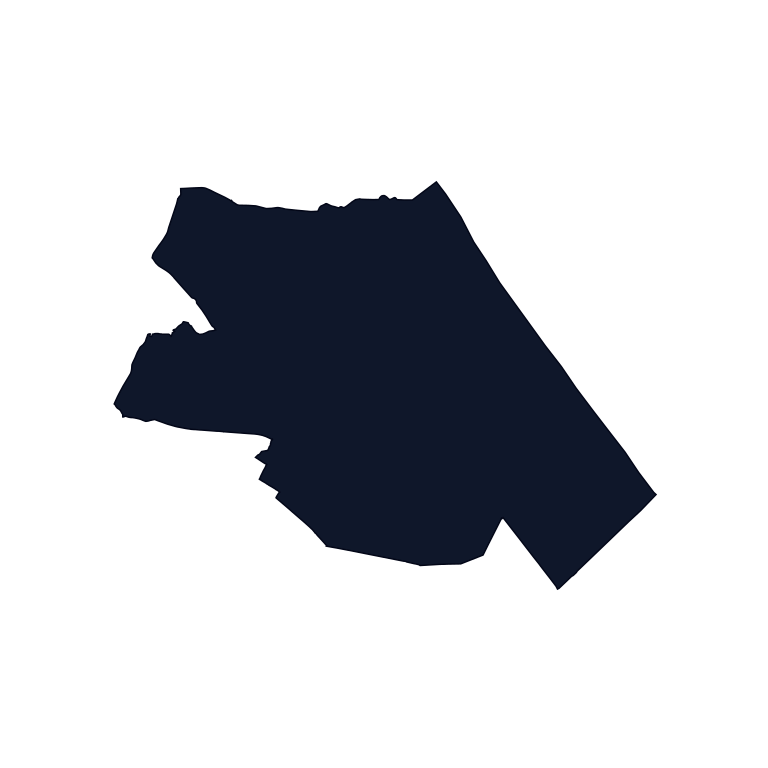 Schagen, Noord-Holland, Netherlands (Mercator projection), rotated 129°
{"feature_id": "6326949B3670086386110", "entity_name": "Schagen", "entity_type": "district", "adm_level": 2, "iso_a3": "NLD", "parent_name": "Netherlands", "parent_adm1": "Noord-Holland", "projection": "mercator", "projection_center": [4.782, 52.788], "detail": "fine", "context": "isolated", "style": "filled", "palette": "ink", "viewbox_px": 768, "rotation_deg": 129, "n_neighbors": 0, "source": "geoboundaries", "source_scale": "gbopen_adm2", "svg_char_len": 6003}
<svg xmlns="http://www.w3.org/2000/svg" viewBox="0 0 768 768"><g transform="rotate(129 384 384)"><path d="M360.1,665.0L363.9,661.7L364.5,661.2L364.8,661.1L365.1,661.0L366.0,660.9L367.5,661.0L368.1,661.0L369.3,660.7L369.7,660.9L372.5,659.5L374.7,658.5L395.9,650.5L397.8,649.8L401.3,648.2L402.4,647.8L404.4,647.3L410.1,646.5L414.7,646.2L417.9,646.1L427.0,645.4L427.6,645.3L429.4,644.8L430.6,644.2L431.9,643.5L431.9,643.0L432.1,642.2L433.2,638.6L433.6,637.1L433.7,635.7L433.9,634.1L433.9,632.8L433.7,631.3L433.4,628.9L432.9,625.1L432.7,621.6L432.7,620.7L432.8,618.8L433.2,615.6L433.3,614.6L433.5,614.3L433.7,613.2L435.9,600.0L437.8,588.1L437.8,587.4L437.7,587.0L437.1,585.6L437.0,585.3L436.9,585.0L436.9,584.6L437.1,583.2L437.2,582.7L437.4,582.3L437.9,581.6L438.8,580.7L439.0,580.4L439.2,579.8L440.5,574.3L441.1,571.8L441.7,569.9L443.5,564.2L445.7,558.2L446.1,557.0L446.3,556.5L446.8,555.0L447.1,554.0L447.1,553.5L447.1,552.5L447.0,552.3L446.9,552.0L448.0,548.9L449.4,549.8L450.2,550.4L452.1,552.3L453.0,553.1L456.7,554.8L458.3,555.7L459.4,556.4L460.9,557.9L461.7,558.8L461.8,559.9L462.3,561.9L462.3,562.7L462.2,563.4L462.1,564.0L461.8,565.3L460.9,568.4L460.8,569.2L460.8,569.4L460.7,569.4L460.5,569.5L460.3,569.7L460.2,570.0L460.2,570.4L460.4,570.9L460.6,571.1L460.6,571.3L460.4,573.2L460.3,573.5L459.7,574.5L459.7,574.8L460.8,577.2L461.7,578.9L461.9,579.1L462.2,579.1L464.3,578.8L464.6,578.9L466.8,579.6L468.1,580.0L469.0,580.1L472.2,580.3L472.7,580.6L474.2,581.6L474.6,581.7L474.9,581.7L474.9,581.0L474.8,579.8L477.4,580.6L477.5,580.3L477.7,580.2L478.1,580.3L480.7,579.3L481.1,579.4L480.7,581.0L480.7,582.2L480.8,582.6L481.0,582.9L482.1,584.2L484.5,587.2L485.0,587.8L485.4,588.8L486.0,589.4L486.3,590.0L486.9,591.2L487.6,592.1L488.4,593.1L489.1,593.8L490.7,594.9L490.9,595.2L493.3,594.5L494.2,596.2L492.2,597.1L492.5,597.6L492.9,598.0L493.4,598.4L494.2,598.7L496.2,597.9L497.9,597.4L501.0,596.2L501.5,596.1L502.7,596.0L503.9,596.0L504.7,595.9L507.9,596.5L508.5,596.6L509.1,596.6L510.5,596.4L511.2,596.1L512.4,596.0L514.6,595.6L520.3,593.9L525.4,592.7L527.6,592.0L529.1,591.0L530.6,589.9L532.5,588.7L533.8,588.1L535.2,587.6L536.1,587.4L549.6,585.5L558.0,583.9L561.7,583.1L566.4,581.9L569.3,581.1L569.3,580.2L569.4,579.9L570.1,578.1L570.5,576.5L570.5,575.8L570.5,575.3L570.3,573.4L570.5,572.0L571.0,570.7L571.7,569.1L571.8,568.6L572.0,568.0L572.9,567.2L574.0,566.3L573.6,565.8L573.4,565.6L572.5,565.2L572.1,564.9L571.5,564.3L571.4,564.1L570.9,562.6L570.3,561.2L569.5,559.8L568.3,558.2L567.3,556.5L566.3,554.6L565.2,552.3L564.4,550.3L564.1,549.0L563.3,546.6L563.1,546.0L562.9,545.6L562.3,545.0L561.1,543.9L560.1,543.2L559.8,543.1L555.9,539.9L554.7,536.2L553.4,532.6L551.6,527.4L551.2,526.4L550.7,525.2L550.3,524.3L548.2,519.3L547.8,518.6L547.7,518.4L547.6,518.0L546.9,516.7L546.6,516.2L543.5,510.4L542.0,507.8L541.7,507.4L540.6,505.4L538.8,502.8L538.7,502.8L535.8,498.5L535.6,498.2L534.5,496.7L525.5,483.7L525.3,483.6L522.4,479.3L522.3,478.9L522.2,478.9L511.8,463.9L508.2,458.7L507.0,457.0L505.1,454.3L503.8,452.4L502.4,450.1L501.2,447.8L500.3,446.0L500.1,445.4L499.1,442.7L498.5,440.3L497.9,437.8L497.6,435.7L497.4,435.7L497.5,435.6L498.8,435.8L499.3,435.8L499.6,435.7L500.6,435.1L501.7,434.7L502.3,434.3L502.7,434.0L503.0,433.8L503.4,433.7L504.6,433.7L505.3,433.6L506.4,433.1L507.7,432.8L508.8,432.6L509.3,433.0L513.5,436.6L516.7,436.5L517.4,436.7L518.5,437.3L521.9,437.7L521.1,429.9L520.9,427.8L520.7,426.4L520.3,424.5L522.1,424.3L523.2,423.9L524.8,423.6L527.2,423.2L533.2,421.8L535.7,421.0L536.4,421.0L536.4,420.7L536.4,420.2L536.2,419.2L536.1,417.8L535.7,415.4L535.4,413.5L535.4,412.4L535.1,410.8L535.1,409.7L534.8,408.2L534.6,406.9L534.0,402.6L534.0,401.2L533.8,400.4L533.7,399.8L533.6,398.1L533.6,397.0L534.8,397.2L537.3,396.9L539.4,396.6L540.4,396.3L540.5,394.2L540.9,378.3L541.1,374.3L541.3,367.7L541.5,360.7L541.9,352.2L542.1,349.9L542.2,348.1L542.5,346.5L542.6,346.1L542.7,345.6L542.8,344.9L543.2,343.6L543.0,343.1L543.3,341.7L543.6,340.5L543.9,338.3L545.3,329.1L545.5,328.4L545.5,328.2L545.7,327.4L545.7,326.6L546.2,326.6L543.9,322.4L540.9,317.0L537.0,309.7L520.1,277.7L519.8,277.1L509.4,257.4L508.3,255.7L507.9,254.8L508.1,254.6L504.7,247.6L503.7,245.8L503.1,244.5L502.5,243.2L502.4,242.6L502.3,241.7L488.7,226.8L486.1,223.7L484.4,221.8L475.5,211.2L454.6,199.4L443.5,201.9L414.3,208.2L414.4,207.6L412.9,207.4L416.5,192.1L418.3,184.4L424.5,158.3L426.2,150.6L427.1,147.2L429.3,137.9L430.5,132.8L432.9,123.0L434.2,120.1L432.6,119.4L415.5,117.2L413.7,116.5L413.1,116.4L410.2,116.0L409.5,115.9L407.9,116.1L406.9,116.0L375.3,112.0L336.8,107.2L320.7,104.9L298.7,103.0L298.5,106.2L292.5,130.4L285.3,153.7L278.7,181.7L273.3,204.3L266.4,232.0L258.8,257.3L252.9,282.5L232.5,357.9L223.9,382.2L217.2,403.6L205.9,429.3L197.6,455.7L194.0,470.5L223.1,477.7L228.1,483.8L230.9,487.6L232.4,489.7L232.6,490.3L232.5,490.5L232.3,491.1L232.2,491.7L232.1,492.2L232.2,492.5L232.5,493.1L232.9,493.4L235.8,494.7L236.6,495.3L237.1,495.7L237.2,496.0L237.2,497.2L237.0,499.7L237.2,501.7L237.5,502.5L238.2,503.3L238.6,503.6L239.4,504.2L240.4,504.4L242.0,504.5L243.0,504.2L243.5,504.1L243.9,504.2L244.1,504.4L244.6,505.0L247.5,508.4L252.1,514.4L254.8,518.0L255.4,519.3L258.5,522.0L258.9,522.2L260.8,522.8L262.9,523.5L264.1,523.7L269.4,525.0L271.1,525.6L271.8,525.9L272.0,526.0L272.5,526.7L273.0,528.3L273.2,528.8L273.4,529.0L273.9,529.5L275.0,529.7L275.3,529.9L275.7,530.2L275.9,530.5L277.2,533.8L278.3,536.0L278.9,537.5L279.9,541.9L280.1,542.2L280.3,542.5L280.7,542.8L282.3,543.4L285.5,545.0L286.3,545.1L287.6,545.1L291.4,544.1L295.3,548.5L296.4,549.9L297.0,550.8L304.3,561.7L309.5,569.7L310.2,570.8L311.4,573.5L312.7,575.9L313.6,577.4L314.2,578.1L318.2,581.9L321.6,585.7L322.0,586.4L325.9,595.0L326.4,595.9L330.8,602.1L336.2,609.0L337.1,610.8L337.9,617.7L337.3,617.8L337.3,618.0L337.9,617.9L338.1,619.9L339.1,625.3L341.8,636.6L342.3,639.0L342.8,641.3L343.6,644.1L344.1,645.8L344.9,647.4L345.3,647.9L345.9,648.9L347.5,650.8L353.2,657.3L357.3,661.8L360.1,665.0Z" fill="#0f172a" stroke="#020617" stroke-width="1.5"/></g></svg>